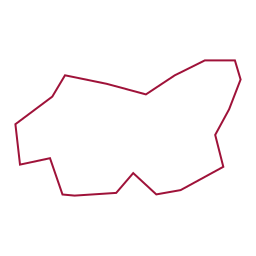 outline of Incukalna
{"feature_id": "LVA-5762", "entity_name": "Incukalna", "entity_type": "Municipality", "adm_level": 1, "iso_a3": "LVA", "parent_name": "Latvia", "parent_adm1": "", "projection": "mercator", "projection_center": [24.652, 57.103], "detail": "fine", "context": "isolated", "style": "outline", "palette": "rose", "viewbox_px": 256, "rotation_deg": 0, "n_neighbors": 0, "source": "natural_earth", "source_scale": "10m", "svg_char_len": 364}
<svg xmlns="http://www.w3.org/2000/svg" viewBox="0 0 256 256"><path d="M116.2,192.9L74.6,195.6L62.5,194.5L50.0,158.2L20.0,164.6L15.4,124.2L52.3,96.6L65.0,75.3L106.6,83.8L145.9,94.4L174.8,75.3L204.8,60.4L234.9,60.4L240.6,79.5L229.1,109.3L215.2,134.9L223.3,166.8L180.6,190.1L156.3,194.4L133.2,173.1L116.2,192.9Z" fill="none" stroke="#9f1239" stroke-width="2"/></svg>